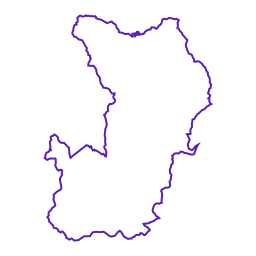 outline of Na Hang, Tuyên Quang, Vietnam
{"feature_id": "81297802B32233799995516", "entity_name": "Na Hang", "entity_type": "district", "adm_level": 2, "iso_a3": "VNM", "parent_name": "Vietnam", "parent_adm1": "Tuyên Quang", "projection": "natural_earth1", "projection_center": [105.425, 22.448], "detail": "fine", "context": "isolated", "style": "outline", "palette": "violet", "viewbox_px": 256, "rotation_deg": 0, "n_neighbors": 0, "source": "geoboundaries", "source_scale": "gbopen_adm2", "svg_char_len": 5737}
<svg xmlns="http://www.w3.org/2000/svg" viewBox="0 0 256 256"><path d="M209.6,104.8L211.3,104.0L210.5,103.5L209.4,101.7L209.3,100.4L209.3,98.7L209.0,98.2L208.6,98.2L209.6,97.0L210.2,95.7L209.9,95.1L208.2,93.5L208.0,92.9L209.0,91.0L209.1,89.5L209.4,88.8L210.5,88.1L211.1,84.4L210.4,83.8L209.8,82.6L209.9,80.7L209.7,78.6L209.4,77.7L208.1,75.4L207.7,72.3L206.5,71.1L205.9,69.0L205.2,67.9L204.9,67.0L203.7,66.4L202.4,64.3L201.3,63.1L199.2,61.6L198.2,61.2L195.3,61.8L194.1,61.5L194.2,60.0L193.8,58.8L192.9,57.6L191.9,55.1L191.4,54.5L189.2,53.8L188.5,53.2L188.2,51.7L187.2,50.2L187.0,49.0L185.8,46.0L186.0,43.8L187.3,40.6L187.1,39.6L185.7,38.5L184.0,36.2L182.8,35.1L181.8,32.7L179.8,30.9L178.9,28.8L177.3,28.0L177.9,26.3L177.6,22.8L178.7,20.8L178.6,19.8L177.5,19.7L176.3,18.8L175.6,19.2L175.0,19.2L170.0,18.0L168.7,18.1L167.2,19.1L166.3,19.3L164.1,18.8L162.5,19.4L161.8,22.4L160.6,24.6L159.3,25.3L156.8,28.6L156.2,28.9L154.8,27.7L153.5,27.3L152.3,27.5L151.7,27.3L150.6,28.7L150.5,29.6L149.5,29.5L148.4,29.8L146.1,30.9L145.4,31.4L144.4,33.0L143.4,33.9L142.6,33.7L141.5,34.4L140.1,34.3L139.1,34.9L138.8,34.8L139.3,33.9L139.4,33.4L139.2,33.2L138.3,33.5L138.1,33.3L137.9,32.9L138.4,32.0L138.2,31.8L137.0,31.9L136.2,33.7L136.7,34.9L135.6,35.3L135.2,36.2L135.0,36.4L134.7,36.4L134.7,35.1L135.0,33.4L132.8,33.7L132.2,34.0L132.2,34.9L132.7,36.2L132.4,36.6L130.8,35.6L128.6,33.8L124.8,34.1L123.0,33.0L119.0,32.2L118.7,30.0L116.9,28.1L115.7,25.0L114.6,23.8L112.7,22.8L111.7,21.5L106.8,23.2L105.7,22.2L100.3,19.4L98.3,19.2L97.8,18.8L96.2,18.3L95.9,16.8L95.4,16.2L94.3,16.5L91.5,16.0L90.6,16.3L88.2,15.7L87.1,16.1L86.1,15.4L83.6,16.5L82.6,16.6L82.0,16.5L81.0,15.7L79.4,15.9L78.6,16.8L77.4,17.6L77.4,18.5L77.7,19.0L77.6,21.9L76.1,22.8L76.6,24.3L76.4,24.8L74.7,24.9L74.3,25.4L73.5,27.8L73.5,29.3L72.3,32.9L72.3,33.6L73.2,34.8L74.1,36.7L76.2,37.0L78.5,39.3L80.3,39.8L81.3,39.9L82.2,40.4L83.0,41.5L85.3,46.0L86.7,47.7L86.8,48.8L86.3,50.0L86.3,50.6L88.0,52.5L88.3,54.9L89.7,55.4L90.0,55.8L90.2,56.4L90.0,57.4L90.7,58.2L90.0,60.4L88.5,62.9L88.3,65.6L91.2,65.9L92.8,65.8L93.3,65.8L94.2,66.5L95.9,68.9L97.1,74.1L99.7,77.5L100.0,78.4L100.4,82.0L100.9,83.7L102.3,85.4L103.2,87.6L107.0,88.2L108.9,89.0L109.7,89.8L110.5,91.6L111.8,93.4L112.7,93.6L114.5,93.3L114.5,94.7L113.4,96.2L113.3,97.3L113.4,97.9L114.9,99.6L115.1,100.7L114.7,101.9L113.4,103.2L111.5,104.1L109.9,103.9L108.2,105.9L107.9,106.6L107.8,107.5L108.2,110.9L106.8,111.7L106.1,112.6L105.3,114.1L104.2,114.7L104.0,115.1L104.8,116.0L106.2,120.9L106.2,122.1L106.8,123.8L106.3,126.9L105.3,129.0L105.1,131.9L104.7,134.3L104.7,136.2L105.3,137.7L105.1,142.3L105.7,144.6L105.4,145.2L104.4,146.2L104.2,146.8L104.6,148.5L105.6,149.6L106.3,151.5L106.0,156.4L105.5,156.4L104.8,155.9L104.4,154.7L103.6,154.4L103.2,153.8L101.9,154.4L99.5,152.5L96.4,150.6L94.7,150.5L94.5,149.7L93.8,149.8L92.9,150.4L91.7,148.7L91.5,148.2L91.5,147.1L91.1,146.2L90.6,146.2L89.7,147.2L88.2,145.8L86.4,145.2L70.5,157.7L69.7,155.2L69.2,152.2L69.2,150.1L68.8,149.4L69.0,147.9L68.5,147.4L67.1,146.1L64.2,142.9L61.0,142.8L59.6,141.7L58.3,140.1L58.0,137.5L56.1,135.5L55.0,135.0L54.4,134.5L53.2,135.4L52.8,136.0L51.6,136.1L50.7,136.8L50.6,137.8L51.3,139.7L49.9,141.9L50.0,144.5L50.5,146.4L50.4,147.6L49.8,148.8L49.9,149.3L51.0,150.0L50.9,150.3L49.3,150.8L48.7,151.8L46.8,152.6L46.2,153.2L45.5,155.0L45.4,156.9L44.7,157.9L47.1,159.9L50.2,158.5L55.3,158.5L55.7,159.2L55.8,163.4L55.2,165.7L56.4,167.8L56.9,169.2L57.3,169.6L58.4,169.9L58.9,170.7L60.2,169.7L61.1,169.8L62.2,170.5L61.6,173.2L62.1,174.7L60.3,177.9L60.0,178.9L60.0,180.6L61.4,186.7L61.3,188.2L61.0,189.1L60.5,189.7L57.2,191.5L53.6,194.7L54.0,196.3L53.5,198.8L53.5,199.7L55.0,203.8L55.3,205.4L54.0,206.8L51.8,208.3L51.1,210.0L48.7,212.2L48.5,214.4L48.8,215.4L47.4,217.2L48.7,218.7L49.1,221.5L49.9,222.0L51.1,223.6L52.8,225.1L53.3,226.5L54.1,227.9L54.9,228.2L56.2,228.2L57.0,228.6L58.2,230.2L58.4,231.3L59.4,231.5L60.4,232.5L61.9,231.5L62.9,231.8L64.7,234.0L64.9,234.8L65.8,235.5L66.1,236.1L66.3,237.8L66.5,238.1L67.5,238.3L68.7,239.3L69.5,239.6L70.0,239.4L70.9,238.6L71.7,238.5L74.1,240.4L74.8,240.6L77.8,240.2L79.1,239.8L81.1,238.1L82.3,237.6L83.2,236.7L84.0,236.3L90.0,236.2L91.6,233.6L92.9,232.3L96.4,231.8L98.7,232.1L101.8,232.0L103.2,231.7L104.6,232.3L109.8,236.2L111.2,236.6L114.6,235.9L115.7,234.9L117.7,232.2L119.8,230.8L121.3,232.1L123.5,235.8L123.6,236.3L127.0,238.4L128.3,238.9L129.8,238.5L131.6,238.6L132.6,237.2L134.5,236.6L136.0,235.1L137.8,234.8L138.9,235.1L139.8,234.5L140.5,233.1L142.2,233.5L144.4,235.1L145.1,235.0L148.4,231.2L149.6,230.5L149.8,230.0L149.4,229.3L147.0,227.0L144.5,225.6L143.6,223.9L148.9,223.2L150.2,222.3L153.6,221.1L157.2,218.5L159.2,218.2L158.5,217.4L156.2,216.0L154.7,213.5L153.1,212.1L152.7,210.9L152.7,209.6L153.8,205.9L154.6,204.6L156.7,203.3L159.3,203.8L160.4,203.0L161.9,202.7L161.5,200.9L162.2,195.1L161.8,192.3L161.1,191.0L161.3,190.4L162.4,189.2L163.1,188.8L163.9,188.7L165.4,187.6L167.5,187.7L168.9,187.4L170.0,186.1L170.1,184.7L169.6,181.5L170.8,179.7L170.9,177.9L171.4,175.6L171.3,174.4L170.4,173.8L170.0,172.9L169.8,170.0L170.9,167.0L171.2,164.8L172.5,163.8L172.9,162.0L172.9,160.8L172.0,159.3L172.9,158.1L172.1,155.8L173.3,155.3L173.6,154.4L174.1,153.8L176.0,153.3L179.0,153.4L180.6,151.6L182.8,151.9L184.2,152.9L187.0,153.3L190.6,154.5L192.6,154.5L193.6,154.3L194.3,153.8L196.5,147.3L198.0,144.8L195.4,146.3L193.0,149.4L192.2,150.1L191.7,150.2L190.4,149.3L189.1,149.1L188.1,146.5L188.2,146.1L187.9,145.6L187.8,144.0L188.3,143.4L188.7,141.8L189.7,139.6L187.0,134.1L190.2,134.1L190.6,133.8L190.3,131.8L190.5,129.8L190.9,128.6L192.0,127.0L191.9,124.0L192.5,119.5L194.3,119.0L196.7,115.1L197.5,114.2L198.9,113.2L202.5,109.8L203.9,109.6L205.1,108.6L206.9,106.5L208.4,105.9L209.6,104.8Z" fill="none" stroke="#5b21b6" stroke-width="2"/></svg>